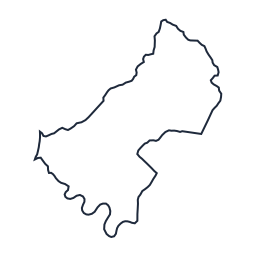 outline of Itajaí, Santa Catarina, Brazil, rotated 182°
{"feature_id": "56859067B36867001106125", "entity_name": "Itajaí", "entity_type": "district", "adm_level": 2, "iso_a3": "BRA", "parent_name": "Brazil", "parent_adm1": "Santa Catarina", "projection": "orthographic", "projection_center": [-48.747, -26.968], "detail": "fine", "context": "isolated", "style": "outline", "palette": "slate", "viewbox_px": 256, "rotation_deg": 182, "n_neighbors": 0, "source": "geoboundaries", "source_scale": "gbopen_adm2", "svg_char_len": 2618}
<svg xmlns="http://www.w3.org/2000/svg" viewBox="0 0 256 256"><g transform="rotate(182 128 128)"><path d="M215.9,121.3L215.7,118.8L215.6,115.5L215.8,111.7L216.2,108.9L216.5,105.7L217.2,101.8L217.9,98.4L219.2,96.0L220.0,93.3L217.0,94.9L214.2,95.3L212.2,92.7L209.5,89.3L206.7,86.9L206.4,83.2L205.4,80.3L203.2,80.5L201.3,79.2L199.7,77.4L198.3,75.3L195.6,72.5L193.0,70.9L188.9,69.8L185.3,67.6L185.8,63.9L188.0,61.8L189.0,59.4L188.2,57.1L186.1,55.5L183.2,55.1L180.1,56.2L177.0,58.5L173.7,59.4L170.6,58.0L169.0,55.5L169.0,52.7L170.3,49.7L171.3,46.5L170.9,44.0L169.2,41.5L166.7,40.2L164.4,40.0L161.1,41.0L158.4,43.1L157.2,45.1L155.6,47.7L153.1,50.5L150.4,51.6L147.4,51.7L145.2,50.1L143.8,47.9L142.8,44.4L143.0,41.0L144.7,38.1L146.9,34.2L148.2,30.7L148.3,26.0L145.7,21.3L143.1,19.3L140.9,18.5L138.1,19.3L136.4,21.9L135.9,25.1L135.4,27.5L134.2,29.9L132.1,32.2L129.8,34.0L127.6,34.7L125.3,34.7L122.9,34.2L120.8,33.4L117.9,33.0L115.4,35.6L115.5,39.0L115.6,42.3L115.5,46.8L115.4,52.7L115.7,56.6L115.1,59.4L113.3,61.9L111.5,65.5L108.8,67.5L106.3,69.6L104.2,71.8L102.4,75.1L100.9,78.0L98.7,81.6L97.7,83.9L100.3,86.0L102.9,88.6L105.5,91.0L107.9,93.2L110.6,95.6L113.0,97.8L115.4,99.6L117.8,102.3L116.9,105.9L114.9,108.4L112.7,110.9L110.7,113.0L108.2,114.0L106.0,116.3L102.1,116.6L99.6,116.1L97.1,117.3L95.5,119.4L93.6,122.1L90.5,125.3L87.0,127.1L84.4,126.8L81.8,127.0L79.0,126.7L75.8,125.9L73.7,126.7L54.6,124.6L49.5,136.1L48.4,138.6L44.1,148.8L42.2,151.1L40.1,153.3L38.6,155.8L36.7,158.5L36.1,162.2L36.0,165.5L38.2,168.5L38.7,171.6L40.8,173.0L43.9,174.6L46.0,176.3L46.9,178.6L45.1,180.7L43.3,183.3L40.2,183.6L39.4,186.9L40.0,189.5L40.9,192.1L44.1,193.8L45.7,196.3L46.1,198.7L47.6,200.9L50.1,204.2L52.1,207.3L53.2,209.9L54.5,212.5L57.2,213.7L59.4,215.6L61.5,217.7L65.0,217.7L68.8,217.7L70.9,218.3L73.3,220.5L75.5,223.2L76.0,225.9L79.0,226.9L81.5,228.9L83.4,231.7L87.0,232.9L89.5,234.4L92.6,235.4L94.1,237.5L96.5,237.0L98.5,235.6L98.9,232.7L99.6,228.6L100.7,225.1L102.8,223.5L104.7,220.6L104.2,216.5L104.2,213.9L104.2,209.9L105.1,206.5L105.4,203.1L107.7,202.5L110.2,201.7L112.8,201.8L114.6,199.8L115.3,197.4L114.5,194.5L117.6,192.4L120.5,189.9L122.1,186.6L121.3,183.7L121.6,181.1L123.6,179.5L124.6,177.2L126.0,175.3L128.6,174.3L131.8,173.3L134.9,171.1L138.4,170.4L143.0,168.1L146.7,166.9L148.7,165.1L150.0,163.3L152.0,160.0L153.7,157.5L153.4,154.3L167.7,137.5L170.8,134.4L174.7,132.1L176.8,131.6L179.5,130.9L181.9,128.0L185.4,125.4L187.9,123.9L190.6,124.6L193.7,125.9L196.9,124.2L199.7,121.8L201.7,120.1L204.2,119.4L207.3,117.8L209.7,116.7L212.2,117.1L213.7,119.7L215.9,121.3Z" fill="none" stroke="#1e293b" stroke-width="2"/></g></svg>